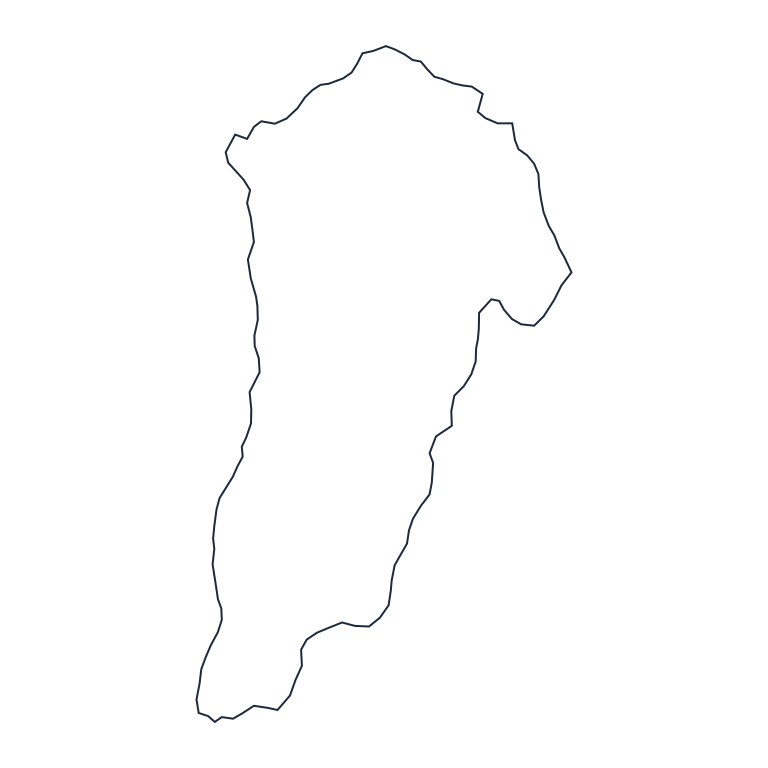 Fernando Prestes, São Paulo, Brazil (Natural Earth projection)
{"feature_id": "56859067B72667219694885", "entity_name": "Fernando Prestes", "entity_type": "district", "adm_level": 2, "iso_a3": "BRA", "parent_name": "Brazil", "parent_adm1": "São Paulo", "projection": "natural_earth1", "projection_center": [-48.697, -21.321], "detail": "fine", "context": "isolated", "style": "outline", "palette": "slate", "viewbox_px": 768, "rotation_deg": 0, "n_neighbors": 0, "source": "geoboundaries", "source_scale": "gbopen_adm2", "svg_char_len": 1810}
<svg xmlns="http://www.w3.org/2000/svg" viewBox="0 0 768 768"><path d="M235.2,134.6L225.7,152.2L228.2,162.7L243.5,179.6L250.1,190.1L247.1,203.0L250.8,217.4L252.7,231.9L253.9,242.0L247.9,259.5L250.8,278.5L256.1,296.8L257.4,306.1L257.8,320.0L254.4,335.6L254.7,345.9L258.8,358.4L259.6,372.3L249.6,392.1L251.3,409.6L251.0,423.5L246.2,437.5L241.8,446.7L242.7,456.6L237.9,465.5L232.7,477.0L226.0,487.7L219.6,498.0L216.5,509.5L214.3,526.0L213.1,538.5L214.3,548.8L212.6,564.4L215.7,584.1L217.9,599.1L221.3,608.5L221.8,619.8L217.9,632.1L210.8,645.3L205.7,657.2L201.3,669.1L199.6,683.4L196.5,699.5L198.7,713.0L208.2,716.1L214.8,721.9L221.8,717.1L233.0,718.7L242.2,713.4L253.9,705.8L267.5,707.8L277.5,710.0L290.0,695.5L295.5,680.0L301.9,665.8L301.1,649.7L306.7,639.6L317.0,632.7L327.0,628.5L342.0,622.5L355.0,625.9L369.0,626.5L379.8,617.8L388.6,605.3L390.7,591.4L391.7,580.5L394.6,565.4L401.2,553.7L407.0,543.6L409.0,530.3L412.9,518.8L420.9,505.8L429.5,494.5L431.8,482.6L433.1,462.9L429.6,453.2L436.0,436.4L451.8,425.8L451.3,411.0L454.3,395.7L463.8,386.2L471.3,374.3L475.7,361.4L476.1,348.5L477.9,339.2L478.8,328.9L479.1,312.8L485.2,306.1L491.4,299.3L499.2,300.9L503.9,309.6L511.9,319.0L521.1,324.3L534.1,325.7L543.6,316.4L554.2,299.9L561.5,285.3L571.5,272.4L564.2,256.9L559.3,248.4L554.2,235.1L548.9,226.2L543.6,212.3L541.1,199.8L539.2,187.1L538.4,174.0L534.1,163.7L527.2,155.4L518.5,149.2L515.0,140.3L512.2,123.3L497.5,123.3L485.4,118.1L477.8,111.8L482.7,93.9L471.8,86.6L462.2,85.4L453.5,83.4L443.0,79.2L434.3,76.7L426.9,68.9L420.9,61.6L412.6,60.0L404.6,54.4L394.6,49.3L385.9,46.1L373.4,50.9L362.5,53.3L357.2,63.6L351.6,72.5L343.1,78.4L328.5,83.8L320.6,84.8L312.4,90.1L304.9,97.5L297.5,108.2L286.6,118.5L274.9,123.7L261.3,121.3L254.0,126.8L247.1,138.9L235.2,134.6Z" fill="none" stroke="#1e293b" stroke-width="2"/></svg>